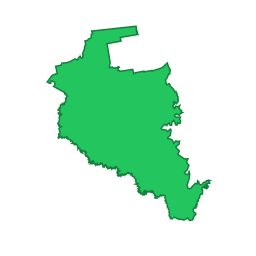 Las Choapas, Veracruz, Mexico, rotated 170°
{"feature_id": "50627088B49080058560483", "entity_name": "Las Choapas", "entity_type": "district", "adm_level": 2, "iso_a3": "MEX", "parent_name": "Mexico", "parent_adm1": "Veracruz", "projection": "natural_earth1", "projection_center": [-93.913, 17.563], "detail": "fine", "context": "isolated", "style": "filled", "palette": "green", "viewbox_px": 256, "rotation_deg": 170, "n_neighbors": 0, "source": "geoboundaries", "source_scale": "gbopen_adm2", "svg_char_len": 5773}
<svg xmlns="http://www.w3.org/2000/svg" viewBox="0 0 256 256"><g transform="rotate(170 128 128)"><path d="M199.6,187.3L197.5,185.7L196.3,185.5L195.7,187.8L192.8,186.6L192.1,183.5L194.1,181.9L183.8,173.6L184.1,172.7L184.4,173.3L184.4,172.6L183.0,171.9L183.1,171.2L182.0,169.9L183.4,169.0L183.6,168.0L184.3,168.0L184.6,166.6L184.3,165.9L185.2,164.4L186.3,164.1L186.4,162.2L187.6,162.2L187.9,163.2L188.4,162.3L189.0,163.1L189.5,163.0L189.9,162.2L190.5,162.3L191.2,159.2L192.0,159.7L192.0,159.1L193.5,158.4L193.7,157.6L192.1,156.9L192.8,155.3L194.1,154.8L193.8,153.8L192.6,153.6L192.3,154.5L191.7,154.0L192.2,153.0L191.2,153.4L191.0,152.9L191.5,152.3L193.2,152.8L193.1,151.6L194.0,150.7L193.7,149.4L194.9,146.2L196.3,144.7L195.1,142.9L196.0,142.9L195.9,142.1L193.6,140.8L194.9,140.6L196.1,139.6L195.7,135.6L196.2,134.0L197.2,134.2L197.5,133.1L196.8,132.4L198.5,130.7L198.1,130.0L196.1,131.5L194.9,131.2L195.4,130.2L194.8,129.5L193.4,129.9L192.6,129.3L192.3,129.9L191.4,129.9L190.3,128.8L189.7,129.9L189.2,129.0L189.2,127.5L186.8,126.5L186.8,124.9L185.5,125.0L184.8,122.9L185.5,122.6L183.9,122.3L184.0,121.1L183.5,120.8L182.3,120.8L182.7,121.5L182.3,121.7L181.1,120.2L180.7,117.4L181.0,116.0L180.1,116.8L179.0,116.5L179.2,113.7L178.3,111.9L177.1,111.3L178.2,113.8L178.5,113.6L178.0,114.3L176.2,113.7L176.2,113.0L175.0,112.1L174.3,113.1L174.7,110.7L173.8,112.1L173.2,110.9L174.9,109.4L174.3,107.5L173.4,106.9L172.7,107.5L172.3,105.6L171.5,104.9L172.3,104.8L172.6,103.8L172.3,103.4L171.7,104.4L171.4,102.9L173.1,100.3L171.3,101.3L171.0,100.3L170.4,101.0L170.2,100.1L169.5,100.9L169.5,99.5L170.4,99.2L168.8,98.9L167.7,100.0L168.1,101.3L167.8,101.5L167.1,98.3L166.2,98.3L166.2,97.1L165.5,97.7L165.1,97.2L164.6,98.1L164.5,97.0L163.8,97.6L162.5,96.6L161.1,97.2L161.4,97.8L160.9,98.4L159.6,97.9L159.3,94.0L158.1,94.8L158.5,93.9L158.1,93.7L156.8,95.5L156.2,95.5L156.1,94.4L155.4,94.0L155.9,93.1L154.9,92.3L155.3,90.8L154.5,92.1L153.6,91.4L153.1,92.1L152.6,91.8L152.8,92.6L152.0,92.7L151.4,91.3L151.2,92.0L150.5,91.4L150.9,90.4L148.7,91.4L148.8,90.4L147.5,90.1L146.7,91.1L147.6,91.4L146.5,92.2L145.6,91.1L145.3,89.1L145.0,89.6L144.3,89.1L145.3,87.4L143.7,86.9L144.8,86.4L145.8,87.1L145.6,85.9L146.6,86.0L146.4,84.9L145.6,84.1L146.5,83.3L145.7,82.2L145.0,82.6L145.1,81.9L144.2,83.1L143.4,81.7L142.9,82.6L143.1,83.2L142.2,83.9L141.7,83.5L142.3,83.2L142.0,82.6L140.6,82.6L140.2,82.1L139.6,83.4L138.4,82.3L135.9,84.3L135.0,83.9L135.5,83.2L134.5,82.7L132.3,82.7L132.1,82.1L132.8,82.1L133.3,81.3L132.1,81.1L132.2,79.9L130.4,78.8L130.5,77.9L129.1,75.9L129.7,74.7L129.2,71.6L130.2,71.4L128.8,70.9L128.2,71.9L127.7,71.6L128.9,69.0L127.6,68.5L126.7,67.3L128.6,66.8L127.7,65.8L127.3,64.4L128.6,64.3L128.8,65.5L129.1,63.6L128.3,62.6L127.7,63.3L126.7,62.7L127.2,61.6L126.7,60.7L125.6,61.4L125.1,59.5L123.3,59.2L123.0,60.3L124.0,60.5L123.6,62.0L122.6,60.9L123.0,62.8L122.7,63.3L121.3,60.5L120.7,62.1L121.4,62.1L121.1,62.8L119.6,61.4L118.9,62.0L116.9,60.9L116.7,62.1L114.9,61.9L115.5,60.5L114.2,60.6L114.4,59.4L113.5,58.4L113.6,56.7L112.6,56.6L112.5,54.8L113.5,54.7L113.5,54.2L111.5,54.0L111.5,55.4L109.7,54.6L107.5,56.5L107.0,55.2L105.6,55.9L103.3,54.8L103.7,52.9L103.4,51.1L104.1,49.8L103.0,49.4L103.6,47.7L102.4,46.1L103.0,44.0L101.7,39.5L102.3,37.7L101.9,36.5L102.6,35.1L102.5,33.6L101.6,33.1L102.0,31.4L100.1,30.9L99.2,31.7L97.4,31.9L93.6,29.0L91.8,29.1L88.9,27.6L84.6,28.9L83.6,26.3L80.3,26.2L77.9,30.2L76.3,31.0L76.1,32.3L77.8,33.6L78.1,35.7L77.4,37.2L75.8,38.0L75.8,37.5L75.1,37.5L75.1,38.6L74.4,38.6L74.4,40.3L73.8,39.8L73.8,40.8L73.3,40.8L72.7,43.7L71.4,43.8L71.3,45.3L69.5,47.2L69.4,48.4L67.8,50.3L66.2,50.0L65.3,54.0L66.0,54.6L65.2,56.6L64.3,56.9L63.7,56.1L62.6,57.1L62.5,58.3L61.4,58.2L60.5,56.3L61.3,55.8L61.6,56.7L62.8,55.6L61.0,54.5L59.0,56.3L60.6,59.3L57.0,59.6L57.8,61.7L56.4,62.0L57.5,62.6L60.1,62.3L60.8,61.5L63.1,61.2L64.8,59.6L66.9,59.6L67.6,60.7L67.7,62.9L68.6,63.9L69.5,60.9L71.4,61.8L77.1,57.5L78.3,57.5L79.4,58.4L79.8,61.5L76.5,67.7L75.2,72.1L75.5,74.4L76.8,72.2L77.8,71.8L79.4,72.6L80.1,74.3L76.9,76.6L74.5,80.7L75.9,83.0L76.2,84.6L74.3,87.3L77.9,87.7L82.4,92.3L83.4,92.8L83.2,94.0L81.4,96.5L84.0,100.0L84.0,101.2L80.5,103.3L79.5,106.1L81.3,106.0L83.0,107.0L85.8,105.1L86.4,108.3L87.9,109.7L90.8,110.8L90.7,111.5L87.6,113.5L86.0,118.2L86.1,119.2L86.5,119.6L89.7,117.6L91.0,119.5L94.5,120.4L95.3,121.5L94.7,122.8L91.1,125.3L89.4,123.6L87.8,125.3L86.6,125.7L86.1,123.3L84.7,123.1L83.7,126.2L81.6,127.6L80.3,122.6L79.2,122.4L78.2,124.6L77.1,123.5L75.9,123.5L75.0,125.3L75.5,127.8L74.5,129.7L78.7,130.3L80.0,131.7L80.0,132.5L78.1,133.4L75.2,131.6L74.1,133.0L71.6,133.8L72.9,134.6L72.3,135.9L74.1,138.0L74.1,139.5L73.2,141.1L75.0,140.3L77.4,141.2L78.1,140.4L77.9,139.6L78.8,138.9L80.3,141.9L78.1,143.4L79.0,145.3L78.4,145.9L77.8,145.9L76.2,143.5L74.0,145.3L73.3,150.2L74.1,151.3L73.7,152.8L74.5,155.5L75.3,155.1L76.8,158.8L79.4,162.4L79.1,163.7L80.0,164.6L82.1,163.7L82.6,164.4L82.7,168.9L81.2,170.1L78.6,174.0L77.3,174.1L77.3,175.6L76.3,177.2L77.0,178.0L76.5,178.5L76.6,179.4L77.5,181.1L78.0,185.2L84.1,181.4L94.3,179.9L94.3,180.5L102.6,180.5L102.5,181.2L111.2,181.1L113.0,180.4L113.2,184.9L126.2,185.2L126.2,185.7L127.9,186.5L127.2,188.4L126.0,189.2L126.7,190.1L128.3,189.4L130.8,189.4L132.1,189.7L133.1,190.9L135.4,190.6L135.8,191.4L134.2,195.3L134.0,214.7L119.8,214.8L119.8,218.5L101.9,218.4L102.3,219.7L102.8,219.7L102.9,220.9L102.2,220.9L102.2,221.5L102.8,221.5L102.4,226.8L147.0,229.8L146.5,227.4L148.1,226.3L148.4,223.4L151.8,222.2L152.8,221.2L155.2,221.3L155.3,217.0L156.6,215.8L157.0,213.9L159.9,208.8L159.5,207.5L160.3,206.5L160.4,205.1L161.7,205.0L162.5,205.8L162.5,207.0L163.0,207.0L166.3,203.8L168.2,205.3L173.5,203.4L177.4,202.9L181.8,203.4L183.0,201.5L188.5,201.3L188.2,194.1L193.5,193.0L199.6,187.3Z" fill="#22c55e" stroke="#15803d" stroke-width="1.5"/></g></svg>